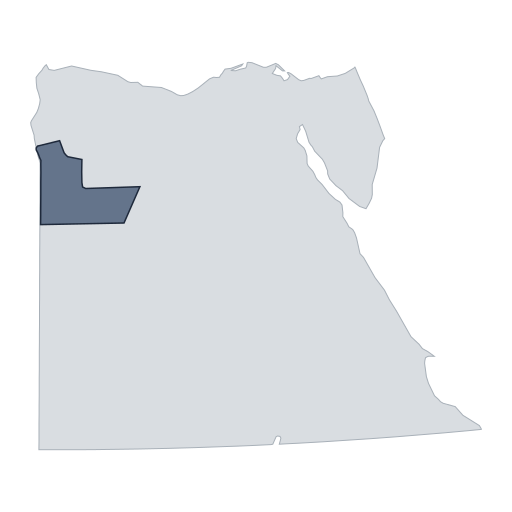 Siwa, Matruh, Egypt (highlighted)
{"feature_id": "37247803B75450946768070", "entity_name": "Siwa", "entity_type": "district", "adm_level": 2, "iso_a3": "EGY", "parent_name": "Egypt", "parent_adm1": "Matruh", "projection": "albers", "projection_center": [25.471, 28.699], "detail": "fine", "context": "in_parent", "style": "filled", "palette": "slate", "viewbox_px": 512, "rotation_deg": 0, "n_neighbors": 0, "source": "geoboundaries", "source_scale": "gbopen_adm2", "svg_char_len": 3437}
<svg xmlns="http://www.w3.org/2000/svg" viewBox="0 0 512 512"><path d="M481.3,429.4L469.1,430.6L456.9,431.7L444.8,432.8L432.6,433.8L420.4,434.8L408.2,435.8L396.0,436.8L383.8,437.7L371.7,438.6L359.5,439.4L347.3,440.2L335.1,441.0L322.9,441.8L310.7,442.5L298.5,443.2L286.3,443.8L279.3,444.2L280.3,440.6L280.9,438.1L280.0,436.4L277.6,436.0L276.1,436.7L272.8,444.2L270.9,444.6L266.6,444.8L252.4,445.5L238.1,446.1L223.9,446.6L209.7,447.1L195.5,447.6L181.2,448.0L167.0,448.4L152.8,448.7L138.6,449.0L124.3,449.2L110.1,449.4L95.9,449.6L81.6,449.7L67.4,449.7L53.2,449.7L38.9,449.7L39.0,440.8L39.0,431.9L39.0,422.9L39.1,414.0L39.1,405.1L39.2,396.2L39.2,387.2L39.2,378.3L39.3,369.4L39.3,360.4L39.3,351.5L39.4,342.6L39.4,333.6L39.5,324.7L39.5,315.7L39.5,306.8L39.6,297.8L39.6,288.8L39.6,279.9L39.7,270.9L39.7,262.0L39.7,253.0L39.8,244.0L39.8,235.1L39.9,226.1L39.9,217.2L39.9,208.2L40.0,199.2L40.0,190.3L40.0,181.3L40.1,172.3L40.1,163.4L39.8,161.7L37.9,155.6L36.2,147.8L34.3,138.3L34.1,135.2L31.0,125.4L30.7,122.6L31.5,120.7L36.8,112.4L38.4,108.4L39.7,103.6L40.2,99.7L38.7,93.7L36.9,88.3L36.3,82.8L36.1,77.4L38.8,73.7L41.9,70.3L43.1,68.2L45.0,65.8L46.3,64.7L48.9,69.5L54.2,70.4L71.6,66.0L90.8,70.3L101.5,71.8L117.8,75.3L127.9,81.7L130.7,82.5L137.8,82.3L142.6,86.1L161.4,87.5L171.5,91.5L177.3,94.8L180.7,95.7L183.7,95.5L187.8,94.1L192.8,91.5L198.3,87.9L209.5,78.9L213.6,77.2L216.2,77.5L219.5,77.3L220.8,74.9L222.4,73.2L223.4,71.4L225.1,69.1L231.0,68.3L242.8,64.0L241.6,65.8L230.8,70.5L235.5,70.8L240.3,69.2L245.7,68.0L246.6,66.2L247.2,62.8L248.2,62.3L252.0,62.7L263.5,67.3L266.3,67.3L274.1,64.1L275.7,63.4L278.4,64.8L284.6,70.9L282.5,70.9L276.0,65.7L275.6,68.5L272.3,73.5L276.8,75.3L280.5,75.9L282.6,78.5L284.0,80.8L287.5,79.6L289.9,76.2L288.4,74.4L287.4,72.6L288.6,72.5L291.2,73.9L298.7,79.7L301.2,80.8L303.9,80.4L309.6,78.3L311.2,78.5L318.9,75.7L319.9,77.3L321.3,78.9L327.5,76.7L337.3,76.0L345.2,73.4L354.2,67.9L354.9,67.1L355.5,68.2L356.8,71.5L360.3,79.8L363.3,86.2L367.0,95.2L368.2,98.7L368.8,101.1L374.0,110.9L377.3,119.0L379.8,125.6L383.3,135.3L384.7,138.6L382.9,140.6L379.6,147.3L377.0,168.1L372.2,184.5L372.3,194.5L371.6,198.2L369.1,203.4L366.0,208.7L359.7,206.5L349.0,198.5L342.6,190.7L336.0,185.7L329.7,179.0L327.7,174.0L327.6,170.8L324.5,162.9L322.4,159.3L314.7,151.2L312.4,146.8L310.7,144.9L309.0,142.2L305.7,131.3L302.5,124.5L299.4,126.6L300.1,129.5L297.6,133.8L296.2,138.6L297.7,142.4L303.8,147.9L305.2,150.4L306.9,155.9L307.1,163.5L308.2,166.0L312.9,171.3L314.7,174.6L315.8,177.4L317.5,179.9L322.1,184.5L329.0,193.5L335.4,199.4L339.9,202.1L342.0,205.0L342.9,212.8L342.8,216.6L347.1,223.4L348.8,226.8L352.7,229.5L354.6,232.7L356.5,238.0L360.0,253.7L363.5,257.4L375.0,277.6L384.5,290.2L389.4,299.8L396.6,311.3L411.0,336.7L419.1,344.3L422.4,348.6L428.0,351.7L434.3,356.3L428.7,356.2L427.3,356.7L425.5,357.7L424.8,360.9L424.6,363.4L426.4,376.7L428.5,383.4L434.5,395.8L438.5,399.4L440.5,401.7L443.2,403.3L455.2,406.6L462.9,415.3L479.4,425.6L481.2,428.7L481.3,429.4Z" fill="#d9dde1" stroke="#a8b0b8" stroke-width="1"/><path d="M124.0,223.0L139.9,186.7L85.7,188.5L82.6,187.0L81.9,182.6L81.7,171.8L81.9,159.5L67.7,156.7L65.8,154.9L64.1,152.8L59.6,140.7L37.5,146.1L37.0,146.8L36.3,147.8L36.2,148.0L36.2,148.8L36.2,149.8L36.3,150.1L37.1,151.5L37.9,153.1L38.6,154.8L39.2,156.5L39.7,157.9L40.9,160.4L40.8,163.8L40.9,172.5L40.8,182.3L40.8,194.3L40.7,211.2L40.7,215.5L40.6,224.6L124.0,223.0Z" fill="#64748b" stroke="#1e293b" stroke-width="1.5"/></svg>